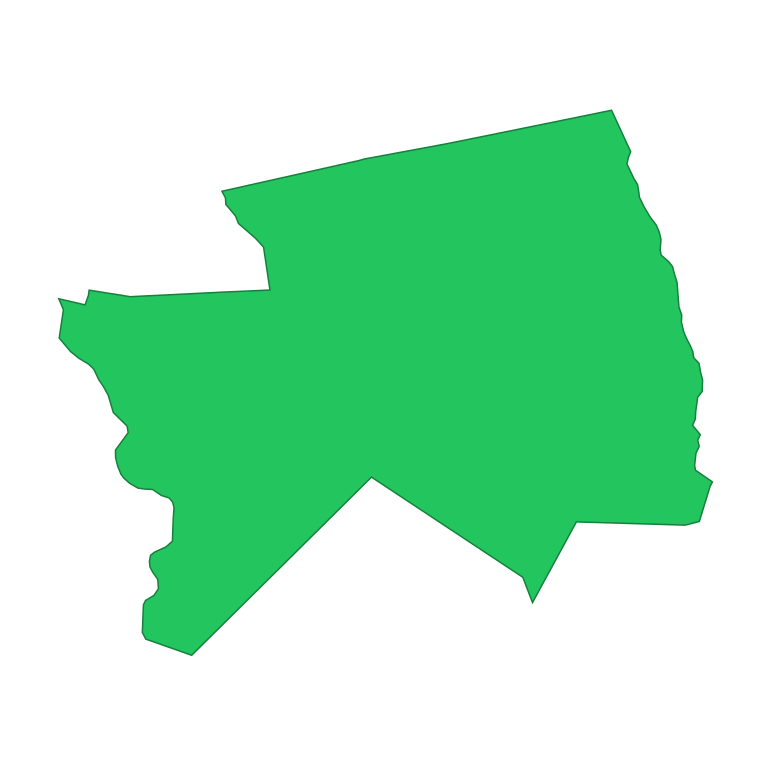 the district of Campo Grande, Rio Grande do Norte, Brazil, rotated 86°
{"feature_id": "56859067B93277354074556", "entity_name": "Campo Grande", "entity_type": "district", "adm_level": 2, "iso_a3": "BRA", "parent_name": "Brazil", "parent_adm1": "Rio Grande do Norte", "projection": "mercator", "projection_center": [-37.314, -5.897], "detail": "fine", "context": "isolated", "style": "filled", "palette": "green", "viewbox_px": 768, "rotation_deg": 86, "n_neighbors": 0, "source": "geoboundaries", "source_scale": "gbopen_adm2", "svg_char_len": 1467}
<svg xmlns="http://www.w3.org/2000/svg" viewBox="0 0 768 768"><g transform="rotate(86 384 384)"><path d="M543.1,79.0L509.0,65.9L504.6,63.2L491.8,79.2L486.9,79.8L474.8,77.6L468.2,73.9L461.8,75.0L456.7,72.0L446.8,79.0L440.7,75.9L433.5,75.0L419.1,72.0L413.7,67.1L402.3,65.9L394.7,67.3L385.4,68.3L379.4,73.2L373.0,73.7L367.7,75.6L359.0,79.3L353.0,81.3L343.2,83.0L335.8,82.2L327.8,84.4L303.0,84.6L294.5,86.6L286.9,88.0L281.8,91.5L274.7,98.6L269.5,99.1L259.1,97.6L251.8,98.8L244.5,101.3L236.4,106.6L225.5,112.2L215.3,116.2L210.5,116.4L202.5,117.2L196.5,120.4L181.4,126.3L175.1,124.4L169.5,121.7L126.8,137.9L138.4,225.8L148.7,304.7L158.2,388.1L159.3,393.2L180.4,532.2L187.3,529.2L193.9,529.2L206.0,520.4L213.7,518.0L229.5,502.2L239.1,494.6L282.3,491.2L281.1,538.2L279.2,631.1L269.8,671.6L275.0,672.7L284.2,676.7L276.3,702.5L287.4,698.6L315.5,704.8L329.7,694.5L337.1,686.5L343.5,677.4L348.9,672.5L359.9,668.2L366.7,664.2L375.9,659.9L393.6,656.0L408.1,643.2L414.7,642.6L431.2,656.5L439.0,656.9L447.3,655.4L455.7,652.7L459.7,650.1L465.2,644.8L470.7,636.7L472.1,630.1L473.1,622.1L479.7,613.8L482.7,606.3L487.1,603.1L492.5,602.1L504.8,603.8L526.0,606.0L531.3,612.9L535.7,624.6L538.5,628.8L544.6,630.4L550.3,630.2L555.3,628.0L563.2,623.3L572.5,623.3L578.8,628.2L583.3,637.0L587.5,639.4L615.0,642.4L621.9,639.4L641.2,594.8L521.2,455.4L476.0,403.0L530.2,332.4L586.5,259.0L612.4,251.1L535.0,201.7L545.8,93.4L543.1,79.0Z" fill="#22c55e" stroke="#15803d" stroke-width="1.5"/></g></svg>